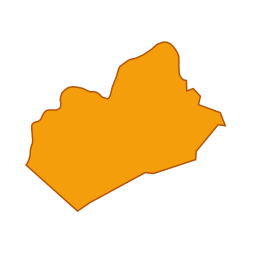 Wood, West Virginia, United States of America, rotated 13°
{"feature_id": "52423323B9322907823760", "entity_name": "Wood", "entity_type": "district", "adm_level": 2, "iso_a3": "USA", "parent_name": "United States of America", "parent_adm1": "West Virginia", "projection": "equal_earth", "projection_center": [-81.577, 39.218], "detail": "fine", "context": "isolated", "style": "filled", "palette": "amber", "viewbox_px": 256, "rotation_deg": 13, "n_neighbors": 0, "source": "geoboundaries", "source_scale": "gbopen_adm2", "svg_char_len": 1245}
<svg xmlns="http://www.w3.org/2000/svg" viewBox="0 0 256 256"><g transform="rotate(13 128 128)"><path d="M33.9,146.1L33.7,147.6L34.4,150.4L37.9,161.5L38.3,164.6L38.0,166.1L37.8,169.9L37.9,171.9L38.8,176.7L38.5,181.6L38.2,183.6L37.6,185.7L37.0,187.0L97.5,220.3L107.7,209.2L154.7,167.6L163.2,166.5L201.0,143.6L199.7,135.4L215.1,104.5L222.3,103.9L214.4,92.3L191.4,89.4L191.4,80.8L182.6,74.9L176.9,78.7L174.2,68.5L172.5,68.7L171.1,68.5L169.3,67.8L166.9,65.3L166.0,63.9L165.2,62.0L163.4,55.5L162.7,51.8L161.2,46.4L159.0,43.3L157.3,41.6L156.2,40.5L153.2,38.1L150.7,36.6L146.7,35.7L143.2,36.3L139.0,38.9L137.0,40.6L133.5,45.7L131.2,48.3L126.1,53.5L122.3,56.5L118.4,59.1L114.7,60.7L111.8,63.3L106.2,70.1L105.5,73.9L105.3,80.1L103.5,91.6L103.4,100.1L102.7,102.8L101.6,104.2L96.0,103.7L94.9,103.2L92.5,101.5L89.5,100.4L87.7,100.2L85.7,100.5L83.0,101.3L75.0,99.6L70.3,99.6L65.1,100.2L62.2,101.3L60.2,102.6L58.1,105.0L57.2,106.3L55.6,109.3L55.4,113.3L55.5,114.6L55.8,116.1L57.1,119.4L57.5,122.2L57.4,123.3L57.0,124.0L56.2,125.1L53.9,126.7L50.0,127.5L47.3,128.2L45.4,128.8L44.9,129.1L44.4,129.5L43.3,131.0L42.1,133.9L41.2,138.5L40.7,139.7L39.1,141.7L36.0,143.2L35.0,144.1L33.9,145.8L33.9,146.1Z" fill="#f59e0b" stroke="#b45309" stroke-width="1.5"/></g></svg>